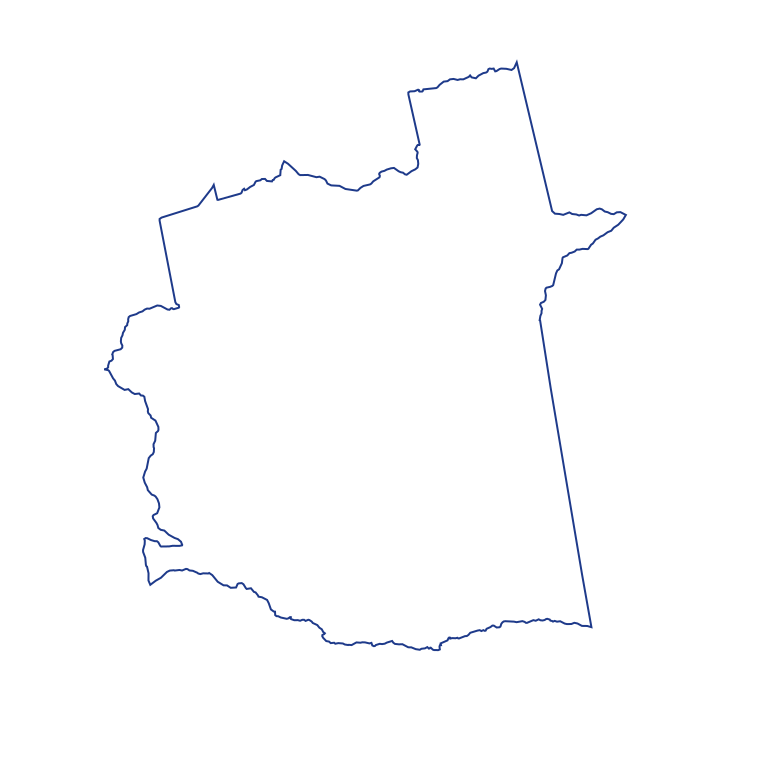 the State of Mato Grosso, rotated 77°
{"feature_id": "BRA-602", "entity_name": "Mato Grosso", "entity_type": "State", "adm_level": 1, "iso_a3": "BRA", "parent_name": "Brazil", "parent_adm1": "", "projection": "mercator", "projection_center": [-55.436, -12.685], "detail": "fine", "context": "isolated", "style": "outline", "palette": "blue", "viewbox_px": 768, "rotation_deg": 77, "n_neighbors": 0, "source": "natural_earth", "source_scale": "10m", "svg_char_len": 6165}
<svg xmlns="http://www.w3.org/2000/svg" viewBox="0 0 768 768"><g transform="rotate(77 384 384)"><path d="M257.3,568.9L174.3,565.9L172.7,565.5L171.8,563.3L168.9,526.0L168.4,524.7L154.3,507.4L151.7,505.1L167.0,504.9L167.3,504.3L166.2,480.9L165.6,479.8L163.1,478.1L162.3,476.4L163.9,475.9L163.6,473.8L161.9,470.1L160.8,466.0L158.1,463.7L157.6,462.8L157.7,458.7L156.8,456.9L157.4,453.8L159.8,452.4L161.4,447.6L160.2,446.5L160.3,445.6L158.9,444.3L158.3,443.2L157.2,438.1L152.0,436.5L151.4,435.4L148.2,434.1L144.5,431.2L147.8,428.0L156.5,422.0L160.4,420.0L161.6,418.7L163.2,411.1L167.3,403.3L167.5,400.1L171.0,395.8L172.6,394.8L176.0,394.0L178.6,390.8L180.9,382.8L185.3,377.7L189.5,367.0L189.5,365.9L187.6,362.8L186.4,359.4L186.4,352.7L185.9,351.3L184.1,348.9L181.6,341.9L180.3,341.2L178.3,341.5L177.3,340.7L176.5,338.7L176.4,335.6L175.7,333.1L175.4,328.7L175.7,325.7L180.0,321.9L181.4,320.1L182.4,317.9L184.4,316.4L185.2,314.8L182.8,309.3L181.9,305.3L180.6,302.6L177.2,301.1L173.5,300.6L171.2,301.2L168.5,300.4L166.3,299.2L165.3,299.2L162.3,300.8L159.1,298.0L158.7,297.3L159.1,295.7L158.7,295.4L107.4,295.1L105.4,294.7L104.8,292.8L105.6,288.3L104.9,284.6L105.5,283.8L106.5,284.0L107.0,283.7L107.6,281.0L107.4,280.5L105.8,279.3L107.4,266.6L107.0,265.2L105.0,262.5L102.8,257.8L103.2,253.9L102.0,251.2L102.4,247.6L104.3,243.9L104.2,241.3L105.0,238.2L103.8,232.3L102.7,230.7L104.9,229.7L106.8,225.7L104.8,222.5L103.4,217.3L103.5,214.6L103.2,213.6L102.8,212.9L100.7,211.4L100.4,210.1L101.2,208.1L101.3,206.2L104.4,205.3L104.4,204.0L103.1,200.5L103.0,198.9L104.4,193.9L106.7,189.1L105.5,186.2L100.4,182.3L253.3,181.3L256.5,179.1L257.8,174.9L259.5,171.3L258.5,164.8L260.7,162.4L262.1,158.4L263.7,156.0L263.5,153.9L265.2,148.8L264.2,143.7L261.6,137.4L261.6,134.4L262.8,132.4L265.6,130.1L266.9,127.4L269.3,124.5L270.2,121.9L269.1,118.6L269.7,115.0L273.7,110.3L277.5,113.9L281.5,119.9L283.4,125.0L285.8,128.1L286.4,132.0L288.5,136.8L289.1,140.1L290.3,142.7L291.0,145.4L294.1,148.9L294.9,150.9L298.2,154.4L298.4,155.1L297.0,160.1L297.0,163.4L296.4,166.0L297.8,168.4L298.3,171.7L298.2,173.9L300.0,176.5L300.8,181.1L301.4,181.7L306.3,183.5L311.6,187.6L312.4,189.6L314.9,191.5L325.7,196.9L326.3,197.9L326.7,200.2L326.7,204.0L327.3,205.0L329.6,206.2L334.0,206.3L338.4,207.8L339.8,209.8L340.4,212.9L341.8,214.1L346.4,213.0L348.1,214.0L350.5,214.6L352.8,216.3L356.9,218.0L357.2,217.6L425.4,222.5L614.7,233.9L667.6,236.6L665.5,240.4L664.2,245.6L660.9,249.3L659.9,251.4L659.5,252.3L660.0,255.4L659.1,259.7L658.1,261.8L654.8,265.7L654.5,268.9L653.2,271.0L653.5,272.8L652.8,273.4L652.0,275.1L650.8,275.5L649.5,277.8L649.5,278.9L650.1,280.6L650.1,282.7L649.4,284.7L648.1,286.2L648.8,289.4L647.7,291.6L648.9,298.4L648.6,299.5L647.4,300.5L646.2,302.5L645.9,308.4L644.8,310.8L642.4,319.2L642.3,320.8L642.9,322.2L644.0,323.6L646.5,325.1L647.0,326.2L646.6,329.0L644.1,331.4L643.8,332.8L644.8,335.0L645.6,339.1L647.2,340.5L647.1,341.5L646.2,342.5L646.6,344.7L645.4,346.1L645.3,348.3L645.8,355.9L647.5,358.2L648.2,360.0L647.9,361.8L648.8,368.1L648.6,368.9L647.8,369.5L647.8,371.6L646.9,374.8L647.0,376.7L646.8,377.1L646.0,376.8L645.7,377.5L646.2,378.4L648.1,379.8L649.5,387.2L651.3,387.2L651.1,388.3L652.4,389.0L655.2,389.3L655.5,391.0L654.5,395.1L653.8,396.2L651.5,397.7L651.3,398.2L651.9,399.0L651.9,399.8L650.1,401.0L650.8,403.5L650.4,407.1L651.0,408.9L649.5,412.7L646.7,416.7L646.0,419.6L641.7,424.6L641.0,428.1L639.7,431.8L638.2,433.1L636.2,433.9L636.6,439.4L637.2,441.7L637.0,444.4L636.2,446.6L636.5,450.6L637.2,451.7L637.2,452.8L636.1,454.2L633.4,454.5L633.5,456.5L631.5,460.6L630.8,463.2L630.8,465.1L629.6,469.0L631.1,474.3L630.2,477.0L630.3,477.6L629.0,480.8L627.6,482.4L626.2,486.8L626.1,489.9L624.9,490.8L624.5,494.2L622.6,495.5L621.5,498.1L617.6,500.4L615.8,500.9L614.7,500.5L614.2,498.5L613.6,497.7L612.0,499.0L609.0,499.8L606.9,501.8L603.9,503.2L600.8,507.2L599.2,507.9L597.2,509.8L596.7,510.8L597.2,513.7L595.8,514.9L595.4,516.7L595.8,519.0L594.7,521.1L594.0,524.5L592.2,527.4L591.5,527.8L590.3,527.2L590.0,527.9L590.9,530.2L590.9,531.6L588.3,537.1L586.5,539.3L586.0,541.0L584.7,542.0L581.3,541.4L580.9,542.6L578.2,544.9L571.7,545.6L568.1,546.5L564.3,551.0L563.0,554.1L561.6,554.4L558.2,556.0L557.3,557.5L553.1,559.6L552.8,563.9L551.9,564.5L547.5,566.0L546.0,567.4L545.6,570.5L545.9,571.6L549.0,573.9L548.1,579.2L544.9,582.3L544.1,585.6L539.3,590.5L531.6,594.3L528.8,596.9L529.1,597.8L527.8,602.8L527.9,605.7L526.9,607.6L525.9,608.4L523.0,612.3L521.9,615.5L520.2,617.1L519.6,618.5L520.3,622.7L519.2,625.1L518.7,629.9L518.2,630.6L517.6,634.7L518.3,637.8L522.6,644.9L524.3,650.6L527.1,656.9L522.5,657.7L515.4,656.0L508.7,656.0L508.2,656.5L506.7,656.7L499.6,655.7L493.5,656.5L491.5,656.1L486.4,653.3L482.8,652.3L481.1,652.5L480.5,650.9L481.0,649.4L483.6,646.2L485.6,642.7L486.1,640.6L487.5,639.5L491.4,638.4L492.2,637.8L493.9,629.9L494.1,626.4L495.7,619.8L495.8,617.1L495.4,616.8L492.0,617.3L488.8,619.7L486.9,622.7L482.4,627.7L477.4,631.0L475.8,634.4L473.5,636.3L470.5,636.4L468.2,637.0L463.1,639.2L460.8,639.1L459.8,638.0L458.9,634.1L453.7,630.6L449.7,630.1L445.2,630.7L442.4,631.8L441.1,632.8L439.5,635.2L434.3,638.0L431.3,638.0L426.3,639.3L421.0,639.6L415.6,636.5L413.1,634.3L403.3,629.9L401.3,627.4L400.4,625.1L398.5,623.6L394.8,622.5L393.7,622.7L390.8,622.1L387.8,619.7L380.4,617.3L379.0,614.8L378.0,614.1L375.1,613.5L368.3,614.9L364.5,618.5L362.2,618.5L359.4,620.2L357.7,620.3L355.4,619.6L346.9,620.6L342.5,620.4L341.1,621.5L340.5,623.4L338.2,624.7L337.7,629.1L335.5,631.6L331.5,634.3L331.4,638.1L326.2,643.6L323.8,644.9L320.2,645.4L317.6,646.7L309.5,648.9L308.5,649.6L306.8,653.3L306.7,650.4L305.6,649.0L304.1,648.7L300.3,646.5L300.0,644.3L298.7,642.5L294.7,641.9L294.2,642.2L292.0,640.8L291.1,639.1L290.9,632.8L289.7,630.9L287.7,630.3L285.2,630.9L283.3,630.8L279.9,629.7L277.8,627.9L275.4,626.8L272.9,624.4L270.3,623.5L268.9,621.0L267.3,620.5L265.4,619.1L263.3,618.7L261.4,617.7L260.6,616.1L260.2,609.5L259.2,606.6L258.9,603.0L257.7,600.5L257.2,597.9L257.9,595.5L256.5,587.3L257.7,583.9L262.7,578.2L263.4,576.3L262.3,574.4L262.4,573.5L263.6,572.5L263.8,571.8L263.5,566.8L263.0,566.3L260.9,566.2L259.4,568.3L257.3,568.9Z" fill="none" stroke="#1e3a8a" stroke-width="2"/></g></svg>